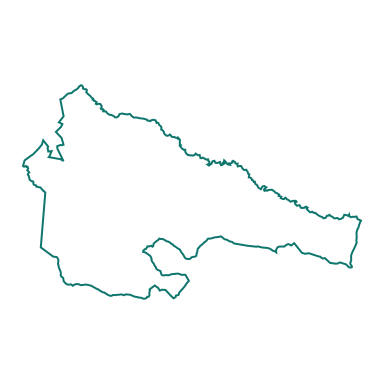 the district of Cassilândia, Mato Grosso do Sul, Brazil
{"feature_id": "56859067B2617733556804", "entity_name": "Cassilândia", "entity_type": "district", "adm_level": 2, "iso_a3": "BRA", "parent_name": "Brazil", "parent_adm1": "Mato Grosso do Sul", "projection": "mercator", "projection_center": [-52.105, -19.06], "detail": "fine", "context": "isolated", "style": "outline", "palette": "teal", "viewbox_px": 384, "rotation_deg": 0, "n_neighbors": 0, "source": "geoboundaries", "source_scale": "gbopen_adm2", "svg_char_len": 5989}
<svg xmlns="http://www.w3.org/2000/svg" viewBox="0 0 384 384"><path d="M82.1,85.6L80.8,85.3L79.1,86.5L78.5,87.7L76.2,89.7L74.7,90.4L73.4,91.3L72.3,92.5L71.2,93.2L68.8,93.4L67.6,93.9L62.7,98.5L60.3,99.4L63.6,116.3L58.9,122.3L62.4,124.1L61.1,126.8L55.9,131.9L61.6,138.0L63.5,144.7L62.1,145.1L60.0,145.1L57.2,146.2L57.4,148.7L63.5,161.1L61.4,159.6L60.1,159.1L48.8,157.1L49.5,156.2L51.6,151.1L48.3,151.5L47.6,147.8L48.2,146.6L43.2,140.3L41.9,144.6L38.4,148.9L32.9,154.5L31.5,155.3L24.6,160.4L23.0,166.0L24.1,166.7L25.3,166.1L26.5,166.1L26.7,167.1L27.6,167.0L28.2,168.5L27.3,170.3L29.2,172.2L27.9,174.0L28.1,175.0L28.8,176.0L29.6,179.6L31.4,181.2L32.9,181.3L33.5,182.2L33.3,183.5L33.8,184.7L36.2,185.5L36.3,186.6L40.4,187.5L42.3,189.6L42.7,190.5L43.6,190.8L45.3,192.6L40.8,247.4L53.2,256.6L56.4,257.0L57.3,257.6L58.3,259.7L58.4,260.9L58.0,263.6L59.0,267.8L60.5,271.4L60.8,272.8L60.8,275.3L61.1,276.3L63.2,278.0L63.6,280.9L64.3,282.0L66.3,284.0L68.3,284.7L71.0,284.4L72.9,285.8L73.5,285.0L75.9,284.2L77.1,284.0L78.4,284.2L80.9,285.2L85.4,284.6L86.9,284.7L90.9,285.6L97.2,289.1L98.1,289.3L100.0,290.7L103.0,292.4L104.1,292.4L107.9,294.9L110.2,295.8L111.6,295.8L112.9,295.0L115.8,295.1L116.8,294.8L119.7,294.7L120.9,294.4L122.2,294.6L123.9,295.2L125.7,294.4L128.6,294.6L130.0,294.7L134.7,296.7L137.2,297.0L138.4,297.5L141.4,297.8L143.2,298.7L144.7,298.7L146.4,298.1L147.2,296.8L148.7,296.7L149.5,295.2L149.3,293.0L149.9,290.4L149.6,289.4L154.8,285.5L158.2,288.0L159.8,290.6L162.0,289.7L165.4,289.9L171.5,296.4L173.7,298.3L175.6,297.0L176.0,295.5L178.5,295.0L179.3,292.5L183.0,288.4L184.8,286.2L186.6,283.4L188.9,280.9L185.4,274.8L181.3,274.8L179.3,273.9L177.8,273.6L171.4,274.2L168.8,275.3L165.6,275.1L163.9,275.4L162.4,275.3L161.4,274.4L160.4,271.0L157.3,269.7L156.2,268.6L155.9,267.2L154.8,266.0L153.9,263.9L152.4,261.9L151.6,260.5L151.5,258.5L150.8,256.8L150.0,255.7L146.1,252.9L144.7,252.3L143.2,252.0L143.3,250.7L144.9,249.2L146.0,248.9L147.5,246.3L148.7,246.5L151.3,245.8L152.4,246.7L153.2,246.2L153.5,244.1L154.0,243.2L156.8,240.9L158.6,239.7L159.2,238.6L160.6,239.0L162.0,238.9L164.3,239.7L166.4,241.2L168.6,241.7L170.6,243.0L171.5,244.0L172.9,244.5L173.9,245.9L174.9,246.3L177.9,248.5L179.2,249.1L180.0,249.9L181.4,252.4L182.9,254.2L185.1,258.0L186.1,258.7L187.7,258.9L189.2,259.1L190.7,258.4L191.5,257.3L195.3,256.5L196.4,255.7L196.5,254.0L197.1,252.4L197.8,248.6L199.1,247.5L200.1,246.0L203.2,243.6L203.9,242.6L206.1,241.1L208.0,238.7L210.9,238.5L214.7,237.4L219.6,236.8L220.5,236.4L221.5,236.7L224.5,239.2L227.0,239.8L229.4,241.3L232.0,241.9L234.2,243.5L247.7,245.8L256.4,246.7L257.8,246.4L262.2,247.5L267.6,248.0L270.1,248.8L273.0,250.8L275.1,251.4L276.2,252.3L276.0,250.2L276.6,248.9L277.4,247.5L279.0,246.6L284.5,246.5L286.1,245.0L288.1,244.1L289.0,244.3L291.2,245.5L294.2,243.2L302.0,252.9L305.3,253.8L308.7,253.2L319.2,256.6L320.1,256.6L321.9,258.1L322.9,258.5L324.8,258.1L330.1,262.9L335.9,263.7L338.1,263.4L339.5,262.5L340.9,262.7L346.1,264.4L348.9,267.3L350.8,267.6L351.9,267.0L351.7,265.9L350.6,264.7L350.3,262.9L351.2,260.4L351.1,256.1L351.3,254.9L352.6,251.6L354.4,248.0L356.7,242.7L356.4,241.0L356.4,239.5L356.7,238.2L356.5,232.4L357.4,229.4L358.6,227.2L358.9,225.6L360.1,222.3L361.0,220.6L357.6,219.1L356.5,216.5L354.4,216.9L353.0,216.7L351.5,217.2L349.5,216.5L349.1,214.6L348.4,215.9L346.6,215.1L344.3,214.8L342.9,217.8L340.3,219.1L339.0,219.3L337.6,218.0L334.3,218.4L332.6,217.0L330.8,216.0L329.3,214.8L328.6,215.6L326.9,215.8L325.7,217.8L323.4,218.3L322.3,217.1L319.6,216.1L317.0,214.4L315.3,212.8L313.8,212.9L312.1,211.7L310.8,212.3L309.8,212.1L307.5,209.9L306.6,208.7L307.6,207.7L306.6,206.9L305.6,206.7L304.1,207.8L302.5,208.0L300.9,207.8L299.6,205.2L296.9,205.7L295.3,204.1L294.8,202.6L296.5,201.7L295.8,200.8L292.9,200.9L290.6,201.7L288.1,199.8L286.9,199.3L285.6,197.7L284.7,198.1L284.0,199.1L282.3,198.8L280.7,198.1L281.3,196.7L278.6,195.9L279.2,194.6L276.8,193.1L275.4,192.6L274.7,191.7L272.1,189.8L269.9,189.8L268.0,190.1L267.1,190.8L265.9,190.3L264.5,190.8L264.0,189.5L266.3,187.3L265.2,186.8L264.3,186.0L262.3,186.6L261.0,189.2L258.8,188.0L257.8,186.9L257.4,185.4L255.2,183.7L254.9,181.8L253.8,182.0L253.0,180.3L251.9,180.0L251.5,178.4L250.0,177.5L248.8,177.4L249.3,174.3L248.2,173.8L247.7,172.0L246.2,169.7L245.0,170.1L243.6,169.7L241.9,167.6L241.3,166.1L240.1,165.9L237.8,166.4L237.3,164.8L237.6,163.6L236.6,163.7L235.4,163.4L235.0,162.2L233.1,160.8L232.2,161.4L232.4,162.4L231.3,163.3L229.2,163.4L229.9,164.8L227.5,164.3L225.3,161.4L224.2,160.4L223.9,162.5L224.6,163.3L223.7,164.0L222.7,163.1L222.0,165.0L221.0,165.2L220.4,164.1L220.0,162.0L217.2,163.0L215.3,162.7L214.4,160.8L212.6,161.2L211.4,163.9L209.9,164.3L209.7,165.2L208.8,165.5L207.5,164.5L208.8,164.1L209.4,162.7L209.3,161.6L207.8,160.3L208.1,159.4L205.9,159.4L202.8,157.6L201.6,158.2L200.5,158.1L199.6,155.0L198.1,155.2L195.6,153.6L194.7,155.0L192.9,155.6L191.3,155.3L190.3,155.5L189.2,155.0L188.0,155.1L186.2,153.4L185.3,151.7L185.2,149.7L183.7,149.8L182.1,148.6L179.8,145.8L180.8,145.1L179.8,144.2L179.9,139.8L178.1,137.7L177.8,138.6L177.1,137.9L176.0,137.8L174.3,137.0L173.2,137.1L172.3,136.9L171.4,136.5L170.9,135.4L169.8,134.5L168.9,135.4L166.7,135.8L165.1,134.6L164.0,133.2L163.8,131.9L163.0,130.6L161.2,129.5L161.5,127.7L160.6,126.0L159.3,125.1L158.5,123.3L157.7,122.6L156.6,122.9L155.6,120.3L154.0,119.9L152.4,119.9L151.1,120.4L150.3,121.2L149.1,120.7L147.4,120.6L147.0,119.7L143.7,118.7L138.7,118.1L137.3,117.5L133.7,117.5L131.3,115.7L130.5,114.5L129.8,113.9L126.8,114.5L125.4,114.0L124.3,114.1L122.4,113.5L119.7,114.0L118.2,116.5L116.6,117.4L114.9,117.3L114.2,116.4L113.3,115.9L110.9,114.8L109.8,114.9L108.4,114.1L107.1,113.1L106.0,111.5L103.3,111.3L103.8,110.1L103.2,109.3L101.5,109.4L100.8,108.4L101.6,107.6L101.6,106.0L100.3,104.0L98.6,103.8L96.7,104.3L95.8,103.8L96.6,102.2L95.3,101.2L94.0,100.8L93.7,99.8L92.7,99.7L93.0,98.5L91.9,98.0L90.1,95.8L88.0,94.1L86.3,92.3L86.9,90.1L85.9,89.2L84.3,89.2L83.0,88.5L83.1,87.1L82.1,85.6Z" fill="none" stroke="#0f766e" stroke-width="2"/></svg>